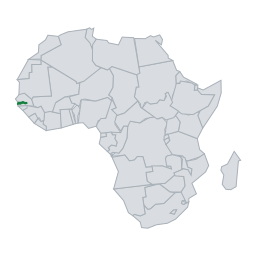 Africa, with Gambia highlighted
{"feature_id": "GMB", "entity_name": "Gambia", "entity_type": "country or territory", "adm_level": 0, "iso_a3": "GMB", "parent_name": "Africa", "parent_adm1": "", "projection": "albers", "projection_center": [-15.506, 13.438], "detail": "fine", "context": "in_parent", "style": "filled", "palette": "green", "viewbox_px": 256, "rotation_deg": 0, "n_neighbors": 49, "source": "natural_earth", "source_scale": "50m", "svg_char_len": 10670}
<svg xmlns="http://www.w3.org/2000/svg" viewBox="0 0 256 256"><path d="M178.3,131.3L197.3,138.6L199.6,149.5L204.4,153.8L202.3,156.0L186.6,161.2L182.7,155.9L172.4,154.7L167.9,150.2L165.9,144.5L169.8,140.4L167.5,134.0L178.3,131.3Z" fill="#d9dde1" stroke="#a8b0b8" stroke-width="1"/><path d="M41.1,60.0L41.2,64.5L31.8,64.5L32.0,72.3L29.3,72.6L29.2,78.6L17.2,79.6L28.5,59.4L41.1,60.0Z" fill="#d9dde1" stroke="#a8b0b8" stroke-width="1"/><path d="M165.9,144.5L172.4,154.7L166.1,156.5L166.6,165.9L170.8,166.2L171.6,169.1L162.5,166.0L145.9,167.3L142.9,156.7L137.4,156.5L134.4,160.0L129.4,160.9L124.9,155.1L111.5,156.4L115.6,152.1L118.9,153.1L122.9,148.3L126.9,138.4L127.8,124.1L130.3,121.2L139.9,122.9L149.3,117.6L154.6,116.7L158.3,119.0L162.1,117.3L167.9,123.7L164.8,129.2L165.9,144.5Z" fill="#d9dde1" stroke="#a8b0b8" stroke-width="1"/><path d="M202.7,128.2L197.8,115.5L200.3,110.4L208.3,106.0L214.5,94.9L201.4,94.5L197.0,91.1L198.1,88.0L203.2,90.0L221.0,80.3L221.2,92.9L217.3,106.2L202.7,128.2Z" fill="#d9dde1" stroke="#a8b0b8" stroke-width="1"/><path d="M197.3,138.6L178.3,131.3L180.1,122.2L175.4,115.8L178.6,111.2L188.5,115.1L199.6,111.5L197.8,115.5L202.7,128.2L197.3,138.6Z" fill="#d9dde1" stroke="#a8b0b8" stroke-width="1"/><path d="M144.5,109.1L141.9,108.1L140.7,107.4L140.5,103.9L134.4,97.0L136.2,87.1L138.8,86.9L136.5,73.5L139.8,73.0L138.8,66.9L172.7,60.5L176.6,70.3L179.7,71.5L175.9,75.7L176.4,86.3L172.3,96.4L172.6,102.5L166.8,92.4L164.1,100.6L159.7,100.0L157.1,103.2L150.4,104.2L144.9,102.6L142.2,108.2L144.5,109.1Z" fill="#d9dde1" stroke="#a8b0b8" stroke-width="1"/><path d="M136.7,74.8L138.8,86.9L136.2,87.1L134.4,97.0L137.9,101.0L124.5,113.1L116.5,115.7L111.6,109.6L116.1,107.7L112.2,97.8L108.6,95.0L112.8,87.4L113.3,75.7L109.3,68.5L112.0,66.5L136.7,74.8Z" fill="#d9dde1" stroke="#a8b0b8" stroke-width="1"/><path d="M132.8,215.7L134.3,214.3L140.3,215.9L145.1,213.8L143.8,204.8L147.9,209.3L150.4,208.7L155.6,204.2L163.8,203.5L175.1,192.7L181.1,192.0L184.6,196.8L185.0,200.5L182.3,200.8L181.5,203.5L183.8,204.4L188.8,202.0L187.6,207.2L175.6,219.1L167.5,223.2L156.3,224.8L147.8,228.2L141.6,227.6L140.3,222.1L132.8,215.7ZM176.6,209.8L173.5,210.1L170.2,213.2L174.3,214.1L176.6,209.8Z" fill="#d9dde1" stroke="#a8b0b8" stroke-width="1"/><path d="M176.6,209.8L174.3,214.1L170.2,213.2L173.5,210.1L176.6,209.8Z" fill="#d9dde1" stroke="#a8b0b8" stroke-width="1"/><path d="M181.1,192.0L170.0,192.0L159.1,183.8L165.1,183.3L174.7,174.9L183.8,176.5L185.1,186.0L181.1,192.0Z" fill="#d9dde1" stroke="#a8b0b8" stroke-width="1"/><path d="M175.1,192.7L163.8,203.5L155.6,204.2L150.4,208.7L147.9,209.3L143.8,204.8L142.7,197.4L146.0,196.8L144.7,187.5L159.1,183.8L170.0,192.0L175.1,192.7Z" fill="#d9dde1" stroke="#a8b0b8" stroke-width="1"/><path d="M142.7,197.4L145.1,213.8L140.3,215.9L134.3,214.3L132.8,215.7L128.4,212.7L123.6,200.6L113.6,189.0L158.4,183.5L144.7,187.5L146.0,196.8L142.7,197.4Z" fill="#d9dde1" stroke="#a8b0b8" stroke-width="1"/><path d="M18.1,102.5L15.4,99.0L19.9,93.6L24.5,93.2L31.7,99.3L33.8,106.0L18.2,106.2L17.7,103.9L26.7,102.8L18.1,102.5Z" fill="#d9dde1" stroke="#a8b0b8" stroke-width="1"/><path d="M33.8,106.0L31.7,99.3L33.2,96.9L51.5,96.0L47.7,67.1L52.0,66.9L76.4,81.6L76.5,83.5L79.8,83.0L78.8,94.2L64.9,97.0L56.3,102.1L52.5,111.9L44.5,112.6L41.0,106.2L37.9,107.7L33.8,106.0Z" fill="#d9dde1" stroke="#a8b0b8" stroke-width="1"/><path d="M17.2,79.6L29.2,78.6L29.3,72.6L32.0,72.3L31.8,64.5L41.2,64.5L41.1,60.0L52.0,66.9L47.7,67.1L51.5,96.0L33.2,96.9L31.7,99.3L24.5,93.2L18.9,94.6L19.4,82.4L17.2,79.6Z" fill="#d9dde1" stroke="#a8b0b8" stroke-width="1"/><path d="M78.1,123.1L75.6,123.6L74.3,114.5L71.3,110.5L77.2,104.6L80.4,109.1L77.7,116.2L78.1,123.1Z" fill="#d9dde1" stroke="#a8b0b8" stroke-width="1"/><path d="M109.3,68.5L113.3,75.7L112.8,87.4L108.6,95.0L112.2,97.8L111.2,100.5L107.6,97.5L95.6,101.2L84.6,99.0L80.7,100.4L79.6,106.2L71.6,103.1L69.2,96.8L78.8,94.2L79.8,83.0L100.9,67.7L107.4,69.9L109.3,68.5Z" fill="#d9dde1" stroke="#a8b0b8" stroke-width="1"/><path d="M78.1,123.1L81.4,99.6L95.6,101.2L107.6,97.5L112.6,101.6L105.8,118.3L98.2,120.7L96.5,126.1L88.5,128.4L83.1,122.7L78.1,123.1Z" fill="#d9dde1" stroke="#a8b0b8" stroke-width="1"/><path d="M112.0,99.3L116.1,107.7L111.6,109.6L116.9,114.8L115.0,124.2L120.7,132.7L100.8,133.3L96.5,126.9L97.1,123.8L100.8,118.6L105.8,118.3L112.0,99.3Z" fill="#d9dde1" stroke="#a8b0b8" stroke-width="1"/><path d="M71.6,108.9L75.6,123.6L73.1,124.4L68.7,110.0L71.6,108.9Z" fill="#d9dde1" stroke="#a8b0b8" stroke-width="1"/><path d="M68.9,109.0L73.1,124.4L61.1,128.0L59.9,109.7L68.9,109.0Z" fill="#d9dde1" stroke="#a8b0b8" stroke-width="1"/><path d="M44.5,112.6L50.0,111.5L60.5,113.7L61.1,128.0L46.1,130.6L46.4,126.5L43.1,124.2L44.5,112.6Z" fill="#d9dde1" stroke="#a8b0b8" stroke-width="1"/><path d="M27.2,105.6L37.9,107.7L41.0,106.2L44.5,112.6L44.0,120.4L41.2,121.7L39.4,117.9L37.1,118.6L35.1,113.4L28.6,117.0L22.8,110.4L27.2,105.6Z" fill="#d9dde1" stroke="#a8b0b8" stroke-width="1"/><path d="M18.2,106.2L27.2,105.6L27.1,108.0L22.8,110.4L18.2,106.2Z" fill="#d9dde1" stroke="#a8b0b8" stroke-width="1"/><path d="M43.5,120.5L43.1,124.2L46.4,126.5L46.1,130.6L34.3,123.4L37.9,118.4L41.2,121.7L43.5,120.5Z" fill="#d9dde1" stroke="#a8b0b8" stroke-width="1"/><path d="M28.6,117.0L35.1,113.4L37.9,118.4L34.3,123.4L28.6,117.0Z" fill="#d9dde1" stroke="#a8b0b8" stroke-width="1"/><path d="M52.5,111.9L55.5,102.9L64.9,97.0L69.2,96.8L71.6,103.1L75.1,103.6L71.6,108.9L59.9,109.7L60.5,113.7L52.5,111.9Z" fill="#d9dde1" stroke="#a8b0b8" stroke-width="1"/><path d="M154.6,116.7L145.5,118.6L139.9,122.9L130.3,121.2L127.8,126.3L123.7,126.2L120.7,131.0L114.7,122.0L116.5,115.7L124.5,113.1L137.9,101.0L140.7,107.4L154.6,116.7Z" fill="#d9dde1" stroke="#a8b0b8" stroke-width="1"/><path d="M127.8,126.3L126.9,138.4L122.9,148.3L118.9,153.1L112.4,152.3L110.4,154.3L107.4,151.5L109.6,149.6L108.2,147.8L111.4,145.0L116.1,146.0L117.1,142.4L114.8,138.6L115.7,134.9L112.5,134.9L111.6,132.2L120.7,132.7L123.7,126.2L127.8,126.3Z" fill="#d9dde1" stroke="#a8b0b8" stroke-width="1"/><path d="M105.9,132.8L111.1,132.0L112.5,134.9L115.7,134.9L114.8,138.6L117.1,142.4L116.1,146.0L111.4,145.0L108.2,147.8L109.6,149.6L107.4,151.5L99.2,143.8L100.7,137.2L106.3,136.4L105.9,132.8Z" fill="#d9dde1" stroke="#a8b0b8" stroke-width="1"/><path d="M100.8,133.3L105.9,132.8L106.3,136.4L100.7,137.2L100.8,133.3Z" fill="#d9dde1" stroke="#a8b0b8" stroke-width="1"/><path d="M172.4,154.7L181.2,156.9L181.7,168.5L183.5,168.9L174.0,173.0L174.7,174.9L165.1,183.3L152.2,184.4L147.1,181.2L146.0,172.4L152.8,171.4L151.6,165.9L162.5,166.0L171.6,169.1L170.8,166.2L166.6,165.9L165.5,158.4L166.9,156.0L172.4,154.7Z" fill="#d9dde1" stroke="#a8b0b8" stroke-width="1"/><path d="M179.4,156.0L184.9,157.6L187.7,166.9L192.0,168.9L191.1,175.3L188.0,169.8L181.7,168.5L182.5,159.2L179.4,156.0Z" fill="#d9dde1" stroke="#a8b0b8" stroke-width="1"/><path d="M186.6,161.2L196.0,159.3L204.4,153.8L208.7,165.5L205.6,171.9L191.9,183.3L196.4,193.8L188.8,198.5L188.8,202.0L186.2,202.5L181.1,192.0L185.1,186.0L183.8,176.5L175.1,175.9L174.0,173.0L183.5,168.9L188.0,169.8L191.1,175.3L192.0,168.9L187.7,166.9L186.6,161.2Z" fill="#d9dde1" stroke="#a8b0b8" stroke-width="1"/><path d="M186.2,202.5L183.8,204.4L181.5,203.5L182.3,200.8L186.2,202.5Z" fill="#d9dde1" stroke="#a8b0b8" stroke-width="1"/><path d="M110.4,154.3L112.6,153.9L111.5,156.4L110.4,154.3ZM112.0,157.3L124.9,155.1L129.4,160.9L134.4,160.0L137.4,156.5L142.9,156.7L145.9,167.3L152.1,166.7L152.8,171.4L146.0,172.4L147.1,181.2L152.2,184.4L113.6,189.0L118.4,171.6L112.0,157.3Z" fill="#d9dde1" stroke="#a8b0b8" stroke-width="1"/><path d="M168.3,137.8L169.8,140.4L165.9,144.5L164.0,139.9L168.3,137.8Z" fill="#d9dde1" stroke="#a8b0b8" stroke-width="1"/><path d="M234.2,151.4L240.6,160.3L238.4,160.9L236.1,186.6L230.8,189.7L225.9,189.3L222.2,184.4L223.8,175.1L220.9,170.2L221.7,166.6L227.5,164.0L234.2,151.4Z" fill="#d9dde1" stroke="#a8b0b8" stroke-width="1"/><path d="M91.6,48.0L85.1,37.5L86.8,29.2L89.6,27.8L91.6,29.4L93.8,28.1L92.3,36.2L96.3,39.2L91.6,48.0Z" fill="#d9dde1" stroke="#a8b0b8" stroke-width="1"/><path d="M41.1,60.0L41.0,55.6L61.1,44.7L58.3,36.4L60.8,34.7L68.0,31.8L86.8,29.2L85.1,37.5L89.9,42.9L92.8,50.5L92.4,60.6L95.8,65.4L100.9,67.7L83.8,81.3L76.5,83.5L76.4,81.6L41.1,60.0Z" fill="#d9dde1" stroke="#a8b0b8" stroke-width="1"/><path d="M176.3,83.6L175.9,75.7L179.7,71.5L183.6,77.2L197.0,84.3L195.0,85.3L186.8,81.0L176.3,83.6Z" fill="#d9dde1" stroke="#a8b0b8" stroke-width="1"/><path d="M28.5,59.4L38.4,52.5L38.9,44.7L45.4,40.0L47.9,35.2L58.3,36.4L61.1,44.7L41.0,55.6L41.1,59.1L28.5,59.4Z" fill="#d9dde1" stroke="#a8b0b8" stroke-width="1"/><path d="M172.7,60.5L138.8,66.9L134.6,38.5L145.2,38.7L150.5,35.7L153.6,37.0L159.7,34.9L162.5,39.5L161.4,44.8L155.2,40.2L168.1,55.4L168.2,58.0L172.7,60.5Z" fill="#d9dde1" stroke="#a8b0b8" stroke-width="1"/><path d="M133.7,37.7L139.8,73.0L136.7,74.8L112.0,66.5L107.4,69.9L95.8,65.4L92.4,60.6L92.6,44.7L96.3,39.2L107.0,40.5L108.6,42.9L118.4,44.9L122.2,37.1L133.7,37.7Z" fill="#d9dde1" stroke="#a8b0b8" stroke-width="1"/><path d="M214.5,94.9L208.3,106.0L193.0,114.6L181.9,113.9L170.1,105.8L176.3,83.6L179.9,83.5L180.3,81.0L192.1,83.1L195.0,85.3L194.3,90.2L197.4,89.9L201.4,94.5L214.5,94.9Z" fill="#d9dde1" stroke="#a8b0b8" stroke-width="1"/><path d="M195.0,85.3L197.9,85.1L197.4,89.9L194.3,90.2L195.0,85.3Z" fill="#d9dde1" stroke="#a8b0b8" stroke-width="1"/><path d="M178.3,131.3L165.0,135.1L167.3,118.9L175.4,115.8L177.3,117.6L180.1,122.2L178.3,131.3Z" fill="#d9dde1" stroke="#a8b0b8" stroke-width="1"/><path d="M167.5,134.0L169.2,137.2L164.0,139.9L164.2,136.1L167.5,134.0Z" fill="#d9dde1" stroke="#a8b0b8" stroke-width="1"/><path d="M166.1,120.0L162.1,117.3L156.9,118.9L142.2,108.2L147.0,101.8L150.4,104.2L157.1,103.2L159.7,100.0L164.1,100.6L166.5,96.2L165.0,93.7L168.2,92.4L172.6,102.5L170.1,105.8L178.6,111.2L173.8,117.6L166.1,120.0Z" fill="#d9dde1" stroke="#a8b0b8" stroke-width="1"/><path d="M18.5,102.5L19.3,102.5L20.2,102.5L21.2,102.5L21.7,102.5L21.9,102.1L22.4,101.9L22.9,101.8L23.2,101.8L23.4,101.9L23.9,102.3L24.3,102.4L24.5,102.4L24.7,102.6L25.0,102.8L25.3,102.8L25.6,102.7L25.8,102.7L26.3,102.6L26.7,102.8L26.8,103.1L26.7,103.3L26.2,103.4L25.5,103.6L24.9,103.5L24.2,103.3L23.8,103.1L23.6,103.0L23.4,102.9L23.2,102.8L22.9,102.7L22.7,102.7L22.6,102.8L22.5,103.0L22.4,103.1L21.8,103.2L21.3,103.2L21.0,103.3L20.8,103.3L20.7,103.9L20.1,103.9L19.5,103.8L18.9,103.9L18.3,103.9L18.1,104.0L17.9,104.1L17.9,103.9L17.7,103.3L18.0,103.0L18.2,102.9L18.4,103.0L18.5,103.4L19.0,103.5L19.4,103.4L19.7,103.5L19.7,103.3L19.7,103.2L20.3,103.1L20.8,103.0L21.4,102.9L21.8,102.9L21.5,102.8L20.7,102.9L19.8,103.0L19.2,103.3L18.9,103.2L18.6,102.9L18.5,102.5Z" fill="#22c55e" stroke="#15803d" stroke-width="1.5"/></svg>